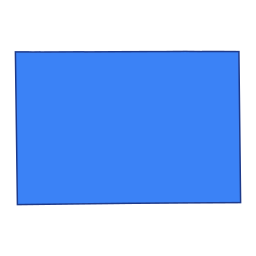 the district of LaGrange, Indiana, United States of America
{"feature_id": "52423323B51679482550394", "entity_name": "LaGrange", "entity_type": "district", "adm_level": 2, "iso_a3": "USA", "parent_name": "United States of America", "parent_adm1": "Indiana", "projection": "albers", "projection_center": [-85.418, 41.642], "detail": "fine", "context": "isolated", "style": "filled", "palette": "blue", "viewbox_px": 256, "rotation_deg": 0, "n_neighbors": 0, "source": "geoboundaries", "source_scale": "gbopen_adm2", "svg_char_len": 445}
<svg xmlns="http://www.w3.org/2000/svg" viewBox="0 0 256 256"><path d="M240.6,202.6L238.9,51.6L221.5,51.5L202.5,51.5L202.2,51.5L201.8,51.6L192.9,51.5L189.9,51.5L185.2,51.4L180.3,51.5L174.3,51.5L164.9,51.6L150.9,51.6L127.5,51.7L125.1,51.7L84.8,51.9L83.7,51.8L40.6,52.0L40.2,51.9L33.3,52.0L32.1,52.0L28.4,51.9L21.2,51.9L19.7,51.9L15.4,51.9L17.4,204.6L129.4,203.3L185.2,202.9L240.6,202.6Z" fill="#3b82f6" stroke="#1e3a8a" stroke-width="1.5"/></svg>